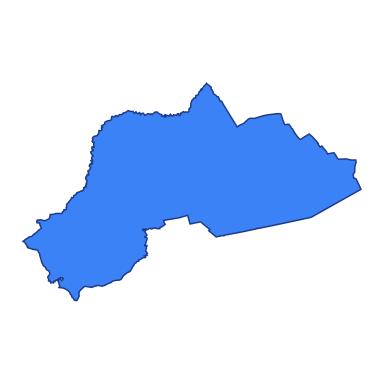 Magura, Bacau, Romania (Robinson projection)
{"feature_id": "2599482B10782205766979", "entity_name": "Magura", "entity_type": "district", "adm_level": 2, "iso_a3": "ROU", "parent_name": "Romania", "parent_adm1": "Bacau", "projection": "robinson", "projection_center": [26.814, 46.555], "detail": "fine", "context": "isolated", "style": "filled", "palette": "blue", "viewbox_px": 384, "rotation_deg": 0, "n_neighbors": 0, "source": "geoboundaries", "source_scale": "gbopen_adm2", "svg_char_len": 5891}
<svg xmlns="http://www.w3.org/2000/svg" viewBox="0 0 384 384"><path d="M74.2,300.0L75.3,300.5L75.6,300.1L76.8,300.6L77.3,299.9L79.1,296.3L79.1,294.7L78.7,293.9L79.7,291.0L83.5,287.2L84.9,286.3L92.1,287.4L94.7,286.0L96.0,286.1L97.3,285.4L102.2,286.1L104.7,285.4L107.6,283.8L111.3,282.4L112.6,281.1L116.2,280.3L119.3,280.1L121.0,279.4L122.3,277.6L123.4,275.7L127.2,272.7L130.0,271.5L132.3,267.6L132.7,266.5L133.3,266.1L134.8,263.3L135.9,262.9L136.4,262.0L137.3,261.4L138.3,261.3L138.9,261.0L138.6,260.0L138.8,259.7L140.4,259.4L143.3,257.6L145.3,257.6L145.6,257.2L145.7,256.4L144.6,255.9L146.3,255.2L147.0,255.3L146.5,254.4L146.6,254.1L147.4,253.5L146.5,251.9L145.6,251.0L146.5,248.0L146.4,246.9L147.0,246.0L147.0,245.5L145.2,245.9L144.7,245.8L144.6,245.4L144.7,244.9L145.3,244.4L145.7,243.6L147.1,239.0L146.8,237.7L145.2,237.3L144.7,236.8L145.3,236.3L146.3,235.9L146.9,235.0L144.9,231.8L145.0,231.3L145.8,230.5L145.6,230.3L143.0,230.6L143.0,229.1L146.5,229.2L147.3,229.6L149.4,228.5L150.3,228.4L151.4,229.0L152.0,228.9L152.7,228.4L153.6,228.4L154.7,227.7L157.1,228.7L159.8,228.6L159.7,227.6L161.8,226.9L165.2,224.3L164.0,222.1L163.6,220.4L179.5,217.7L187.6,215.3L190.1,224.0L200.6,221.8L209.7,229.4L209.5,229.7L209.7,229.8L208.8,230.8L216.2,236.9L223.3,235.4L223.7,235.8L224.1,235.7L224.7,235.2L226.1,234.9L244.0,231.5L257.3,228.6L257.2,228.3L259.5,228.2L274.8,225.1L309.4,217.7L311.7,217.0L361.0,189.3L356.7,180.1L356.1,179.1L355.2,178.4L353.7,178.1L353.2,174.8L353.7,173.5L354.7,172.1L354.9,166.2L356.1,162.3L355.8,160.0L351.3,160.0L346.1,158.9L338.6,159.2L337.3,158.2L335.7,155.2L333.9,152.7L327.4,153.9L326.6,151.9L324.8,149.6L323.3,148.1L321.9,146.0L320.1,147.0L317.8,143.6L318.2,143.4L316.8,141.6L312.3,136.7L309.2,134.0L300.2,139.5L298.8,138.3L296.0,134.8L293.7,131.3L292.7,129.2L291.5,128.1L289.8,125.4L288.7,124.3L287.5,124.2L285.9,124.8L284.9,124.6L284.0,123.2L283.8,122.2L283.0,120.7L281.7,116.2L281.0,114.4L280.5,113.8L278.0,113.6L268.7,114.7L263.4,115.7L254.5,118.4L249.8,118.3L247.9,119.5L243.6,123.4L239.7,125.2L237.1,126.9L223.9,105.4L221.5,101.1L220.1,101.1L218.3,96.8L217.3,96.9L216.7,96.1L213.5,93.6L213.0,91.6L212.4,90.9L212.2,90.0L211.3,89.2L211.1,88.3L211.2,87.2L206.5,83.4L206.3,84.0L203.9,86.2L202.6,88.3L201.2,89.1L201.9,89.8L201.6,90.0L200.6,90.1L200.6,91.0L199.2,91.6L198.2,94.7L195.8,95.6L195.7,97.9L195.1,98.1L194.0,98.0L192.8,99.7L191.9,100.4L190.8,103.8L190.7,107.3L189.3,108.5L188.9,109.1L189.1,111.1L188.8,111.6L187.4,112.2L185.4,111.9L184.5,112.5L184.1,112.4L183.6,111.7L182.9,111.9L181.4,113.1L180.5,113.2L180.2,113.6L180.6,114.8L180.5,115.1L180.0,115.5L179.2,115.4L178.6,114.8L178.5,113.9L178.3,113.7L177.3,113.9L176.6,115.3L173.6,114.8L173.3,115.8L172.9,116.0L171.4,115.6L170.5,114.2L170.1,114.5L169.6,115.6L168.9,116.0L168.5,116.0L168.2,115.6L166.0,115.2L165.5,114.6L165.1,114.6L164.6,115.6L166.0,116.1L166.1,116.6L165.5,117.0L164.9,117.1L164.4,116.8L163.8,115.7L161.9,116.3L161.7,114.5L160.4,114.4L158.3,113.2L157.6,112.2L156.0,112.0L154.8,112.2L152.2,114.5L150.9,113.8L150.2,114.4L149.7,114.4L149.0,113.8L148.4,113.7L147.4,113.9L145.5,115.1L144.8,115.3L143.4,113.3L142.1,113.3L141.1,114.4L140.4,114.6L140.2,113.5L139.6,112.6L137.8,113.7L137.0,113.2L136.2,112.0L135.8,111.9L134.8,113.2L134.2,113.3L133.1,111.4L130.8,111.5L128.7,110.7L127.4,111.0L125.7,112.5L123.2,113.0L122.3,114.4L119.3,114.7L118.2,116.1L117.6,116.5L117.2,116.5L116.8,115.6L116.3,115.5L115.4,115.8L114.2,117.1L113.8,117.1L112.8,116.4L111.8,116.6L111.3,118.3L111.7,119.4L111.6,119.7L110.2,120.4L107.0,121.0L104.9,122.3L104.7,122.7L104.9,123.9L101.5,125.9L101.6,126.5L102.5,127.0L101.3,128.1L102.0,129.4L101.6,130.3L101.2,130.6L99.1,130.5L98.7,131.0L99.0,132.7L97.2,135.5L93.6,136.6L92.4,138.1L92.9,139.7L92.1,141.2L92.6,142.2L93.9,142.3L93.6,144.9L94.2,147.1L94.1,147.4L93.8,147.4L92.8,146.8L92.1,146.8L91.8,148.8L93.4,150.3L93.3,150.6L92.1,150.9L91.2,151.7L90.7,151.9L91.4,154.0L93.1,155.8L92.1,156.6L91.7,157.9L91.7,158.9L92.6,160.1L92.5,161.0L92.0,161.0L91.3,160.4L90.9,160.6L92.5,162.4L92.5,163.1L91.8,163.5L91.4,163.1L91.2,163.1L91.0,163.8L91.6,164.3L91.6,164.5L91.0,164.7L90.1,164.2L89.4,165.2L89.4,166.3L90.6,167.2L90.7,167.6L89.3,170.3L88.0,170.7L88.4,173.3L88.1,173.8L88.9,174.8L88.7,175.0L87.8,174.9L86.9,175.1L86.7,175.5L86.8,176.1L85.8,177.2L85.7,178.5L86.3,179.0L86.1,179.8L87.0,180.7L86.9,182.0L86.2,183.1L86.7,183.9L85.7,185.1L85.7,186.0L86.2,186.7L84.3,187.2L83.8,187.6L83.8,188.1L84.1,188.5L84.0,188.9L82.6,190.9L81.5,190.8L78.2,192.5L78.0,192.3L77.0,192.6L76.8,192.9L77.2,193.1L77.1,193.4L76.2,193.9L75.1,195.1L73.8,195.5L73.6,196.6L73.2,197.5L72.5,197.9L71.8,197.6L71.4,197.8L71.3,198.6L70.6,199.8L68.8,201.8L68.6,202.8L67.3,203.3L67.0,204.2L66.6,204.5L66.5,207.3L66.1,207.9L66.4,208.6L66.4,209.3L65.3,210.2L64.5,209.6L64.1,209.6L63.4,211.3L62.8,211.7L62.2,212.5L61.8,213.6L57.5,213.4L55.3,213.6L54.5,214.1L51.7,214.5L50.3,214.4L49.7,217.7L48.9,218.8L45.9,220.4L44.2,220.7L41.0,219.8L37.2,220.1L36.7,221.6L37.0,222.8L39.7,223.0L39.8,224.4L41.3,228.0L41.2,228.5L38.4,230.3L37.1,231.9L33.3,234.7L31.9,236.3L28.7,237.2L27.7,238.1L25.0,239.7L24.4,240.5L23.0,241.3L25.0,242.6L26.0,244.5L26.7,244.8L27.2,246.5L27.8,246.9L27.5,247.5L29.0,248.2L31.0,248.6L33.2,249.5L34.0,249.4L37.5,250.2L39.6,253.9L40.1,256.6L41.2,259.9L41.6,261.8L43.0,265.0L43.6,265.9L45.1,266.9L46.6,269.7L49.0,271.0L49.6,272.4L49.7,274.0L49.0,275.4L47.8,276.8L47.8,277.6L48.8,279.7L48.5,280.8L49.4,281.3L50.2,281.1L50.8,283.0L52.4,282.4L53.5,282.9L53.9,281.8L54.5,281.7L54.4,281.4L55.0,281.5L55.0,280.7L56.5,280.1L56.9,280.4L57.3,280.2L57.2,279.7L59.0,278.4L60.4,277.7L62.8,277.9L63.0,278.5L62.8,278.9L62.9,279.3L61.9,280.6L61.2,280.2L60.6,278.9L59.3,279.4L58.2,280.6L58.1,281.1L59.0,283.5L59.0,284.1L59.9,286.3L58.9,287.4L59.0,287.6L61.0,287.7L63.7,288.2L66.1,289.3L68.3,290.9L69.4,292.0L70.3,293.9L71.0,294.6L72.0,297.1L73.2,298.1L74.2,300.0Z" fill="#3b82f6" stroke="#1e3a8a" stroke-width="1.5"/></svg>